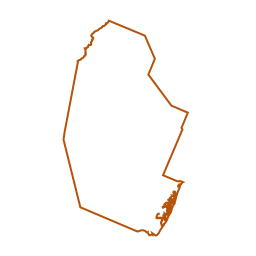 outline of Angoram District, East Sepik, Papua New Guinea, rotated 113°
{"feature_id": "67681753B97300353445922", "entity_name": "Angoram District", "entity_type": "district", "adm_level": 2, "iso_a3": "PNG", "parent_name": "Papua New Guinea", "parent_adm1": "East Sepik", "projection": "orthographic", "projection_center": [143.956, -4.467], "detail": "fine", "context": "isolated", "style": "outline", "palette": "amber", "viewbox_px": 256, "rotation_deg": 113, "n_neighbors": 0, "source": "geoboundaries", "source_scale": "gbopen_adm2", "svg_char_len": 5564}
<svg xmlns="http://www.w3.org/2000/svg" viewBox="0 0 256 256"><g transform="rotate(113 128 128)"><path d="M36.7,187.6L37.2,187.6L39.1,187.8L40.2,189.2L40.5,189.2L41.0,188.6L41.9,189.1L42.1,189.1L42.6,189.5L43.1,189.6L43.3,190.1L43.9,190.6L44.1,191.1L45.1,191.1L45.4,191.5L45.9,191.5L46.9,192.2L47.4,192.8L48.0,193.0L48.6,193.5L49.7,193.8L50.7,194.9L52.0,195.9L52.3,196.5L52.6,196.6L54.1,196.8L54.6,197.2L54.9,197.6L55.5,197.8L57.3,198.0L58.1,196.9L58.3,196.4L58.2,196.0L58.7,195.2L59.1,195.5L59.3,195.5L59.8,195.3L60.0,195.1L61.1,195.6L61.6,195.0L62.8,195.5L63.4,195.6L63.6,195.3L64.2,195.3L65.1,195.0L65.1,194.7L65.6,194.5L66.3,195.0L66.8,195.8L66.8,196.6L67.3,196.8L68.4,196.5L68.6,196.6L68.9,196.4L69.4,196.5L69.8,196.8L70.2,197.6L70.8,197.7L71.4,198.6L71.6,197.9L71.8,198.0L72.0,197.7L72.4,198.0L72.9,197.9L73.7,197.2L74.2,197.0L74.7,196.5L75.1,196.7L76.2,196.3L76.2,196.1L76.6,196.1L76.9,195.6L77.4,195.5L78.1,195.7L78.2,196.1L79.2,196.5L80.0,196.5L80.9,196.8L81.3,197.0L81.5,197.4L81.8,197.7L82.3,197.8L83.1,198.3L83.5,198.2L84.1,198.9L84.5,199.5L85.3,199.8L85.6,200.3L86.1,200.5L86.5,200.4L86.8,199.9L156.4,184.8L163.9,182.8L219.6,140.9L219.6,78.8L216.9,75.7L216.2,73.8L216.1,71.9L216.3,71.0L216.7,70.4L216.7,69.7L216.2,69.2L216.8,69.1L217.0,68.3L218.3,66.8L218.4,66.6L218.3,66.3L217.1,64.8L216.9,64.4L216.8,63.9L216.9,63.5L216.2,63.6L215.4,64.4L216.2,60.5L215.5,59.7L213.9,59.0L212.7,58.7L208.5,58.3L207.3,58.0L202.8,57.1L202.0,57.3L201.7,56.9L199.1,56.3L197.1,56.2L196.0,56.3L193.1,56.2L193.1,56.6L192.8,56.3L192.6,56.4L192.4,56.1L190.2,55.9L188.9,55.5L188.5,55.6L188.2,56.0L188.3,56.6L189.9,57.7L190.7,58.0L191.2,57.9L191.1,57.0L191.2,56.8L191.8,56.7L191.6,56.3L192.3,56.3L192.5,56.6L192.0,56.9L191.7,57.4L192.0,58.9L193.4,59.7L193.6,59.3L193.6,60.2L193.9,60.4L194.3,60.6L194.3,59.6L195.2,58.9L195.9,58.9L195.9,58.5L196.2,57.9L196.2,57.5L196.6,58.4L197.0,58.3L197.0,58.0L197.7,57.4L198.2,57.4L198.5,57.5L198.4,58.2L197.7,58.2L196.8,58.8L196.8,59.0L197.1,59.3L197.1,59.8L197.8,60.6L200.1,60.4L201.5,60.6L202.3,60.5L203.3,59.6L204.0,58.6L204.3,57.8L204.5,57.7L204.7,57.9L204.9,58.4L204.6,58.8L204.3,58.8L204.1,59.2L203.9,59.2L203.2,60.0L202.5,60.6L201.8,60.8L199.6,60.6L198.9,60.8L197.9,61.4L198.0,62.6L199.8,65.9L199.8,66.5L199.5,66.8L199.1,66.9L196.9,67.2L196.2,67.0L195.4,66.9L194.8,66.2L194.6,65.4L195.5,66.8L196.9,67.1L198.5,66.8L199.5,66.5L199.4,66.0L197.7,62.9L197.5,61.7L197.5,61.4L198.0,61.0L198.0,60.9L197.5,60.6L197.1,60.7L196.4,60.5L196.0,60.8L195.8,60.7L196.2,60.3L195.7,60.2L194.8,60.8L194.5,61.3L194.2,61.3L193.8,60.9L193.1,60.9L192.5,61.1L192.8,60.6L192.5,59.8L191.7,59.5L190.8,58.5L189.7,58.4L188.9,58.0L188.3,57.9L188.0,58.1L188.0,58.4L188.2,58.6L188.8,58.5L189.2,58.8L189.4,59.3L189.3,59.5L188.8,59.3L188.6,59.5L188.8,59.8L188.7,60.0L188.0,59.9L187.8,60.4L187.9,60.8L187.4,60.2L187.1,60.1L186.9,60.2L186.8,59.9L187.0,59.8L186.7,59.6L186.3,59.7L185.5,59.4L185.1,59.8L185.9,60.8L185.9,61.1L185.4,61.4L185.9,61.9L185.7,62.3L185.5,62.0L184.9,62.3L184.7,62.6L184.7,62.9L185.2,63.0L186.8,63.8L187.2,64.3L187.7,64.7L187.5,65.0L187.0,65.2L186.4,64.3L185.8,64.0L185.3,64.1L184.4,64.7L183.9,64.7L182.9,64.0L182.1,63.9L181.6,63.4L181.6,62.8L181.0,61.7L181.1,61.1L181.4,60.5L181.4,60.0L180.7,59.6L180.1,60.0L179.9,60.5L179.4,60.6L179.4,61.1L179.2,61.1L178.9,61.3L178.9,61.1L178.7,61.2L178.4,62.0L178.4,62.5L178.6,62.7L178.4,62.9L178.2,62.9L177.5,62.4L177.3,61.9L176.7,61.9L176.8,61.7L176.6,61.5L176.4,61.4L175.9,61.6L175.9,61.4L175.1,61.5L174.2,61.3L173.7,60.6L173.2,60.2L172.7,60.3L172.6,60.6L172.1,59.1L171.9,58.6L171.6,58.3L171.1,59.4L170.3,59.9L170.1,60.2L170.1,60.7L169.8,61.0L168.9,61.2L168.4,60.9L168.4,59.7L168.6,59.4L169.7,59.0L170.6,59.1L170.9,58.9L171.0,58.5L171.6,58.0L171.8,58.0L172.4,58.3L172.7,58.0L173.2,58.0L173.7,58.4L174.2,58.3L174.9,57.9L175.2,57.7L175.1,57.4L175.3,57.5L175.8,56.9L176.4,56.5L177.9,56.2L177.6,56.0L176.5,56.0L175.2,56.4L174.0,56.4L172.3,56.8L170.7,56.9L167.8,57.2L164.6,57.2L161.7,57.3L161.0,57.9L160.7,58.3L161.1,58.2L161.5,58.4L161.8,57.6L162.3,57.6L162.5,57.7L162.1,58.3L162.2,58.8L161.8,58.8L161.8,59.1L161.3,59.3L160.9,59.1L161.2,58.9L161.2,58.7L160.7,58.8L160.1,58.1L159.3,57.7L159.6,57.5L159.8,57.7L160.5,57.8L160.7,57.7L159.8,57.5L159.5,57.3L156.9,56.8L156.4,56.3L156.4,58.7L157.8,62.1L157.8,77.3L108.1,77.3L107.0,78.8L90.5,78.9L90.5,96.7L70.9,130.1L53.8,130.3L36.4,148.5L36.7,187.6ZM184.6,56.2L181.3,56.1L180.1,55.7L178.9,55.6L178.6,55.9L178.6,56.2L179.3,56.7L179.8,57.8L179.6,58.7L179.1,59.3L179.3,59.4L180.6,59.0L181.6,59.0L182.2,58.5L182.8,59.5L182.9,59.4L182.8,59.0L183.0,58.7L183.9,58.2L184.1,58.0L183.9,57.2L183.6,56.9L183.2,56.9L183.1,56.6L184.1,56.4L185.2,56.3L186.2,56.6L187.4,56.3L187.5,56.8L187.8,56.7L187.7,56.2L187.4,55.9L187.0,55.8L184.6,56.2ZM187.6,57.7L186.7,57.2L185.4,57.0L184.7,57.3L184.8,57.7L185.2,57.8L184.7,58.8L184.9,58.1L184.5,58.1L184.0,58.6L183.5,58.7L183.4,58.8L184.0,59.4L184.1,59.9L184.7,60.0L184.9,59.5L185.3,59.2L185.3,58.5L185.4,58.3L185.8,58.1L186.2,58.4L186.6,57.9L187.6,58.2L187.8,58.0L187.6,57.7ZM177.6,56.8L176.9,56.8L176.2,57.1L176.2,58.0L176.0,58.3L176.0,58.7L176.3,59.4L177.2,59.3L177.4,59.6L178.1,58.6L177.6,57.6L177.6,56.8ZM182.8,59.7L182.0,59.2L182.6,61.0L184.3,62.1L184.2,61.7L183.8,61.0L183.8,60.9L184.6,60.8L184.9,60.4L184.7,60.3L183.8,60.1L183.3,59.6L182.8,59.7ZM178.3,59.4L179.3,58.0L179.3,57.8L178.4,57.0L178.0,57.3L177.9,57.9L178.5,58.6L178.1,59.2L178.1,59.4L178.3,59.4ZM196.7,59.4L196.6,58.7L196.3,58.2L196.2,58.6L196.5,59.2L196.7,59.4ZM197.1,60.4L196.7,59.7L196.5,59.9L196.9,60.3L197.1,60.4Z" fill="none" stroke="#b45309" stroke-width="2"/></g></svg>